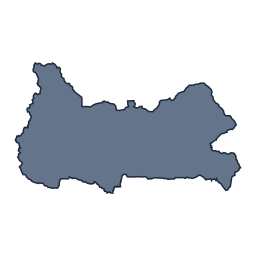 the district of Det Khi Na, Mandalay, Myanmar
{"feature_id": "60261553B61671453611956", "entity_name": "Det Khi Na", "entity_type": "district", "adm_level": 2, "iso_a3": "MMR", "parent_name": "Myanmar", "parent_adm1": "Mandalay", "projection": "orthographic", "projection_center": [96.227, 19.679], "detail": "fine", "context": "isolated", "style": "filled", "palette": "slate", "viewbox_px": 256, "rotation_deg": 0, "n_neighbors": 0, "source": "geoboundaries", "source_scale": "gbopen_adm2", "svg_char_len": 5787}
<svg xmlns="http://www.w3.org/2000/svg" viewBox="0 0 256 256"><path d="M174.2,179.0L175.5,177.7L183.1,177.6L184.0,177.7L184.6,178.2L185.3,178.3L185.9,178.0L186.8,177.0L188.6,177.9L191.3,177.9L191.5,178.2L192.7,178.3L195.6,177.3L199.7,175.0L200.5,175.5L201.1,175.3L201.9,176.3L203.6,177.3L204.3,177.9L205.4,179.6L206.1,179.8L207.0,179.5L207.4,179.1L209.0,179.2L210.5,178.7L211.0,179.2L211.4,180.5L211.6,180.1L212.6,179.5L214.3,179.1L214.8,179.6L215.5,179.6L216.6,178.4L216.8,178.8L216.0,180.0L216.0,180.7L217.9,180.9L218.6,182.0L218.5,182.5L220.7,183.4L223.6,187.6L225.9,190.4L227.7,189.9L228.6,188.3L230.3,186.6L231.5,179.1L231.4,178.1L232.6,176.2L234.9,175.4L234.7,172.3L236.8,171.7L238.9,170.1L239.1,168.5L240.6,167.8L239.8,166.7L238.9,164.3L237.7,162.8L237.1,160.3L236.1,159.5L235.9,156.2L234.1,153.2L231.1,152.8L230.4,153.0L228.6,154.3L226.2,153.5L225.5,152.9L224.8,153.0L224.1,152.7L223.2,152.8L222.2,153.6L219.8,152.7L219.2,151.6L218.8,151.3L217.9,151.3L217.2,151.6L215.4,150.7L213.2,150.9L211.6,149.5L211.6,148.8L212.1,147.8L210.7,147.1L210.7,146.7L211.6,145.9L210.2,144.6L210.2,143.3L211.1,143.3L215.1,140.2L216.3,140.0L216.7,138.4L221.5,133.6L223.8,133.4L225.9,132.3L226.9,132.3L226.4,131.3L227.5,130.4L230.7,129.2L232.4,129.4L233.1,129.0L233.9,128.0L235.0,126.0L236.2,125.1L236.0,124.0L235.0,122.6L234.7,121.4L231.6,118.4L230.9,116.6L230.2,116.0L229.4,115.7L226.2,115.8L224.6,114.7L223.8,112.6L223.5,111.0L222.2,108.9L219.0,106.5L218.7,104.9L218.3,104.4L215.5,102.7L214.9,102.0L213.4,99.7L212.9,96.7L211.8,95.7L211.4,95.0L211.4,94.1L212.0,92.0L211.5,90.2L211.0,89.4L208.8,87.2L207.6,86.2L205.9,85.0L204.8,83.8L203.6,83.1L200.3,83.2L198.1,84.2L195.7,84.2L193.3,85.1L189.4,85.3L188.8,85.5L187.6,87.3L186.7,87.5L186.4,88.1L185.6,88.9L184.0,91.5L182.6,91.7L178.3,93.4L176.9,95.2L175.7,96.2L175.4,97.8L173.0,100.2L172.3,100.5L171.4,100.4L170.7,99.7L170.1,98.4L169.7,98.2L167.3,99.8L161.8,100.3L160.4,100.7L159.3,102.3L159.5,103.0L159.1,104.8L156.8,108.0L154.2,110.1L153.6,110.7L153.2,111.6L150.5,111.7L148.8,111.5L145.2,108.9L142.0,108.2L142.1,106.4L139.7,106.5L138.3,107.7L137.0,108.1L133.8,106.7L134.7,105.7L135.2,104.1L135.1,103.5L134.2,102.2L133.8,100.7L127.6,101.0L127.9,104.7L128.6,106.8L126.0,107.3L125.4,108.3L124.9,108.7L124.6,109.5L119.1,110.5L116.5,110.1L115.6,105.9L114.0,104.1L109.3,103.3L107.7,101.8L107.1,102.2L105.8,102.3L104.6,101.1L102.6,101.6L102.5,102.7L99.4,103.1L96.0,103.8L93.0,105.2L90.9,106.9L88.3,106.6L84.3,106.5L83.0,106.8L82.0,106.7L81.8,97.4L78.7,94.9L76.8,93.6L74.2,91.3L73.7,91.1L73.7,90.3L72.5,88.8L72.6,87.4L72.4,86.7L71.3,85.9L70.3,85.8L69.5,84.6L69.7,83.6L68.8,83.4L66.9,83.6L66.0,83.2L65.4,82.5L65.1,81.5L64.1,80.8L64.0,79.0L63.7,78.3L62.1,77.7L61.6,77.2L61.6,76.1L61.4,75.3L61.6,74.2L61.0,73.7L60.1,72.2L60.1,70.1L60.4,68.9L59.2,67.3L56.9,68.0L56.8,66.7L54.6,64.1L52.4,63.0L51.9,63.9L51.0,64.3L49.7,63.7L47.5,64.1L46.3,64.6L44.5,66.1L44.1,66.1L42.5,65.2L41.1,65.3L40.5,63.7L39.6,63.4L38.7,63.5L38.2,63.9L37.0,63.8L36.2,63.6L35.7,63.1L35.2,63.0L35.1,63.4L33.9,65.2L34.1,66.7L33.2,69.1L33.3,70.1L33.1,70.9L34.2,72.2L35.0,72.3L35.8,72.8L36.7,74.4L37.1,75.6L37.5,75.9L37.6,76.8L38.4,78.4L38.5,79.4L37.9,81.4L38.2,82.1L38.0,82.6L37.6,82.8L37.2,83.4L37.8,83.8L37.7,84.7L38.2,85.5L39.0,85.8L39.8,86.9L40.6,87.1L41.0,88.4L40.1,91.3L40.0,93.8L38.3,93.8L37.4,94.6L35.8,93.2L35.3,93.1L33.6,95.2L33.3,97.5L33.9,98.4L32.2,99.9L32.8,101.5L32.9,103.4L29.7,104.9L30.1,105.5L29.4,108.0L28.2,107.9L27.3,108.2L27.0,110.0L27.7,112.0L28.3,111.8L29.4,112.2L29.8,114.4L30.8,115.3L30.7,116.0L31.3,117.0L31.2,118.0L30.1,119.0L30.1,120.4L28.8,121.3L28.6,122.4L28.8,123.8L27.4,126.0L28.2,127.2L28.0,127.8L25.7,127.6L25.1,127.2L24.5,127.6L24.1,128.0L23.5,129.4L23.3,132.7L22.6,133.0L21.5,134.1L21.0,135.3L19.8,136.2L18.4,135.5L17.3,136.8L16.7,136.4L16.3,138.2L15.4,140.0L15.4,140.5L16.3,141.2L16.2,141.5L16.6,142.4L18.4,142.9L19.1,143.6L19.1,144.9L19.5,146.6L20.5,147.9L19.2,148.0L18.7,148.9L19.0,149.7L18.3,150.5L20.5,152.8L20.3,153.2L18.7,153.7L18.7,154.3L18.4,156.0L17.7,157.1L18.8,158.6L19.3,160.1L21.5,162.1L22.3,163.3L21.0,165.6L19.8,166.2L19.4,166.9L20.5,168.4L21.4,171.1L23.1,174.6L24.4,174.6L25.6,174.9L26.1,175.9L26.4,176.9L28.9,179.2L30.7,179.6L31.8,181.3L33.8,182.2L36.4,183.0L37.4,183.0L38.3,183.5L39.1,183.0L42.8,183.3L43.7,184.0L44.0,184.9L44.8,185.8L45.6,185.9L46.2,185.7L46.8,185.9L47.8,187.1L52.4,188.2L56.1,187.9L57.1,188.2L57.9,187.9L58.1,187.1L59.1,185.4L59.5,181.2L60.4,179.7L60.5,179.1L61.1,178.8L68.6,178.8L69.0,177.1L69.7,177.0L70.5,177.3L70.9,177.9L72.7,178.5L74.0,178.1L76.2,178.4L77.9,179.6L82.1,180.6L82.6,181.7L82.9,181.9L84.7,181.8L85.2,182.2L85.7,182.1L87.2,183.1L91.1,184.1L92.5,183.5L93.6,183.6L94.7,182.6L94.5,181.7L95.1,181.8L96.7,183.2L96.8,183.8L97.7,184.1L97.7,184.4L98.5,184.9L99.9,187.3L101.2,187.3L101.7,188.1L102.3,188.0L102.7,188.6L104.3,189.2L104.0,190.2L104.6,191.3L105.4,191.1L106.3,191.7L106.8,192.7L107.1,193.0L107.9,192.6L108.2,192.1L108.6,192.3L109.1,192.2L109.4,192.4L109.8,192.1L110.3,192.3L110.9,193.0L112.8,193.0L112.6,192.6L113.1,191.5L112.8,190.5L113.4,190.4L113.7,190.1L113.8,189.6L113.7,188.2L114.3,187.9L114.4,187.3L114.7,186.7L115.6,186.8L115.9,186.4L116.7,187.1L117.1,186.9L117.5,186.1L117.9,186.0L117.9,186.9L119.3,186.7L120.1,186.9L120.6,186.7L120.1,184.3L120.4,182.7L121.2,181.4L120.9,180.3L121.6,178.5L122.1,175.8L122.8,175.3L123.1,174.8L124.6,174.2L125.6,174.3L127.0,176.0L127.1,176.6L127.9,176.9L131.7,176.9L132.8,176.7L133.7,177.0L137.4,176.7L143.3,176.9L145.5,176.7L146.7,177.4L147.6,178.7L148.1,179.1L149.2,178.9L149.8,178.4L150.3,178.3L150.7,178.8L151.4,178.9L153.9,177.9L155.9,177.7L159.1,178.1L160.8,177.9L161.2,178.1L162.9,178.0L163.2,178.4L164.1,178.6L165.8,178.4L167.7,179.2L168.3,179.2L168.7,179.3L169.6,179.1L174.0,178.8L174.2,179.0Z" fill="#64748b" stroke="#1e293b" stroke-width="1.5"/></svg>